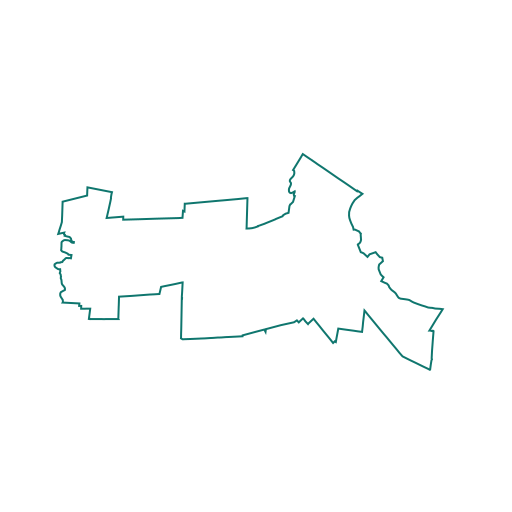 the district of Mircea Voda, Braila, Romania, rotated 108°
{"feature_id": "2599482B59099327438734", "entity_name": "Mircea Voda", "entity_type": "district", "adm_level": 2, "iso_a3": "ROU", "parent_name": "Romania", "parent_adm1": "Braila", "projection": "equal_earth", "projection_center": [27.401, 45.112], "detail": "fine", "context": "isolated", "style": "outline", "palette": "teal", "viewbox_px": 512, "rotation_deg": 108, "n_neighbors": 0, "source": "geoboundaries", "source_scale": "gbopen_adm2", "svg_char_len": 5889}
<svg xmlns="http://www.w3.org/2000/svg" viewBox="0 0 512 512"><g transform="rotate(108 256 256)"><path d="M144.6,243.0L149.5,244.1L157.9,246.1L162.8,247.3L163.0,246.4L163.3,246.0L164.4,245.5L165.5,245.1L166.7,245.0L167.9,245.1L169.2,245.5L170.4,246.1L172.0,246.9L173.3,247.2L174.3,247.0L175.1,246.2L175.7,245.4L176.6,245.0L177.8,244.9L179.4,245.1L181.4,245.4L182.8,245.2L184.3,244.6L184.7,244.3L185.3,243.5L185.4,242.2L184.6,241.0L182.6,239.2L183.0,239.0L185.9,239.1L187.5,238.0L187.3,237.6L193.1,237.5L196.0,239.0L196.4,239.4L198.2,239.6L204.3,238.5L204.9,238.4L206.6,240.9L208.6,242.6L208.9,242.8L209.5,243.0L210.0,243.0L211.4,244.7L214.7,248.6L215.1,248.9L216.9,251.0L221.0,255.9L223.2,258.5L226.9,263.4L227.2,263.3L229.2,265.9L230.7,268.3L232.0,271.2L232.8,273.5L232.3,273.6L216.6,278.2L205.3,281.5L203.6,282.0L203.7,282.4L207.5,291.0L211.3,299.9L212.8,303.4L214.4,307.2L216.4,311.9L228.2,339.5L228.3,339.9L235.8,337.8L235.6,339.4L242.4,337.7L243.9,341.5L251.3,362.3L256.5,376.7L262.5,393.5L259.6,394.4L266.0,409.8L257.7,410.5L249.5,411.3L246.0,411.7L245.0,412.1L241.6,412.6L239.8,412.7L240.3,416.8L242.8,437.5L245.4,436.8L250.7,435.3L258.9,448.4L264.1,456.7L277.6,452.8L283.8,451.1L287.3,451.0L291.7,451.0L294.1,450.9L296.1,450.9L293.0,445.6L293.6,445.6L294.0,445.6L294.3,445.4L294.6,445.3L294.7,445.1L294.8,444.9L294.9,444.6L294.9,444.4L295.9,444.3L295.8,441.8L295.7,440.6L295.6,440.0L295.6,439.4L295.6,439.1L295.8,438.8L295.9,438.5L296.1,438.1L296.7,437.3L298.3,436.4L299.0,435.4L299.1,434.5L299.1,434.4L299.0,433.5L299.8,433.4L300.1,434.8L300.1,435.4L300.0,435.7L299.9,436.0L299.8,436.3L299.6,436.7L299.3,437.5L299.1,438.2L299.1,438.8L299.1,439.1L299.2,439.8L299.4,440.7L299.6,441.6L299.8,442.4L300.1,443.1L300.4,443.5L300.8,443.9L301.2,444.2L302.0,444.7L302.4,445.0L302.9,445.1L303.3,445.1L305.3,444.5L306.3,444.2L306.9,444.0L308.2,443.7L309.2,443.4L309.6,443.3L310.4,443.2L310.7,443.1L310.8,442.9L311.1,442.5L311.4,442.1L311.5,441.7L311.6,441.3L311.6,441.0L311.6,440.6L311.6,439.9L311.6,438.8L311.7,437.8L311.9,436.5L311.9,436.1L312.0,435.8L312.2,435.4L312.4,435.1L312.7,434.8L312.1,431.8L315.4,431.3L315.6,432.7L315.8,433.4L315.9,433.5L316.0,433.6L316.1,433.8L316.1,434.3L316.2,434.7L316.4,435.5L316.5,435.8L316.7,436.0L317.0,436.3L317.6,436.6L318.7,437.2L319.0,437.3L319.6,437.8L320.3,438.1L320.5,438.2L320.8,438.2L321.1,438.2L321.3,438.3L321.7,438.5L321.8,438.7L322.1,439.4L322.4,440.0L322.7,440.1L322.9,440.3L323.0,440.6L323.5,442.0L323.7,442.7L324.0,443.2L324.5,443.7L325.2,444.3L326.0,444.9L326.9,444.9L327.3,444.7L328.0,444.3L328.4,443.8L328.6,443.6L328.7,443.4L329.5,440.7L329.6,440.1L329.5,439.3L329.1,438.2L331.2,437.3L332.2,437.4L333.0,437.3L333.5,436.6L334.1,436.0L334.6,435.7L335.3,435.5L335.7,435.2L336.0,435.0L336.7,435.0L337.4,434.8L337.8,434.6L338.2,434.2L338.8,433.7L339.9,433.2L340.6,432.9L341.8,432.4L342.4,432.0L342.7,431.8L343.2,431.2L343.6,430.5L344.4,429.2L345.0,428.4L345.7,427.8L346.6,427.4L347.5,427.3L348.3,428.2L350.7,430.4L351.3,430.5L352.0,430.6L352.9,430.4L353.4,430.2L354.2,429.9L354.8,429.4L355.3,428.9L357.5,426.2L359.7,425.3L360.0,425.4L355.7,409.3L358.1,408.8L357.5,406.8L360.2,406.0L357.3,397.4L367.4,395.5L367.2,394.9L367.4,394.8L367.3,394.3L367.2,394.1L367.0,393.6L363.1,381.4L360.6,373.8L358.5,367.4L358.4,367.5L346.0,371.1L345.9,371.1L337.0,373.7L332.4,362.0L330.8,358.1L329.4,354.7L327.4,349.8L325.5,345.2L324.0,341.2L322.6,337.7L322.0,336.1L314.7,336.7L312.9,333.6L311.0,330.2L309.2,327.0L307.2,323.5L304.0,318.1L303.8,317.6L313.9,314.9L317.1,314.1L319.1,313.5L319.0,313.3L319.7,313.1L319.8,313.3L338.8,307.5L343.4,306.1L349.0,304.4L352.8,303.3L356.7,302.1L357.5,301.9L357.9,300.1L356.6,296.6L355.3,293.0L352.8,286.3L351.4,282.6L350.2,279.3L348.4,274.8L347.0,271.1L345.5,267.5L344.2,263.8L342.6,260.0L341.3,256.5L339.7,252.3L338.4,248.9L336.5,244.0L335.6,244.2L328.1,232.7L323.4,225.4L325.2,223.5L322.5,224.0L321.1,221.8L314.1,211.0L307.3,199.4L305.6,198.0L304.6,197.2L305.9,194.8L304.7,194.2L300.8,192.0L301.1,191.3L301.9,190.2L302.3,189.5L302.6,189.3L304.7,185.5L304.0,185.3L297.9,181.9L300.4,178.1L302.7,174.5L306.2,169.2L310.3,162.8L312.5,159.4L314.9,155.8L312.8,154.7L313.1,154.1L313.2,153.5L308.9,154.1L305.0,154.6L299.6,155.3L299.0,151.8L298.2,147.3L296.9,140.2L296.2,135.9L295.4,131.7L290.2,132.7L285.8,133.7L281.2,134.6L276.7,135.5L274.3,136.0L274.9,135.0L277.4,131.2L282.1,123.8L284.6,119.9L287.6,115.2L290.7,110.3L292.9,106.7L295.4,102.8L298.2,98.4L300.5,94.7L303.8,89.6L305.9,86.1L306.2,85.5L307.0,80.3L307.6,76.2L308.3,70.9L308.9,66.8L309.5,62.6L310.1,57.9L310.5,55.5L310.2,55.3L305.3,56.2L300.9,56.9L300.0,56.7L299.7,56.8L299.1,57.3L292.1,59.2L281.5,61.8L272.7,63.9L272.5,64.0L272.4,64.3L272.5,64.6L272.5,64.9L272.9,65.2L273.0,65.5L273.1,67.5L273.3,68.0L269.0,67.0L260.9,65.1L251.8,62.7L248.9,62.0L249.1,63.1L249.4,64.8L249.8,66.3L250.3,68.2L250.6,69.4L250.7,70.5L250.9,72.5L251.3,73.9L251.8,76.4L251.7,79.6L251.8,83.1L251.7,87.3L251.5,91.6L251.2,93.6L250.5,96.5L250.6,98.1L251.0,100.6L251.9,105.4L251.7,107.3L251.0,108.4L249.7,110.0L248.5,111.4L247.7,112.9L247.1,114.6L246.6,116.1L246.1,117.2L245.0,118.9L244.4,119.7L243.0,120.8L241.8,123.0L241.7,125.0L241.2,129.1L239.4,128.7L236.8,128.1L235.9,130.1L235.0,131.7L231.9,134.3L230.8,135.2L229.3,135.8L227.7,136.1L226.0,136.2L221.7,133.7L218.6,135.4L218.8,137.7L218.8,137.9L216.8,141.4L215.4,143.4L219.3,148.5L222.4,149.7L220.2,154.5L220.0,156.1L220.0,157.5L214.7,161.9L213.8,162.7L213.5,162.7L211.9,161.5L210.6,161.1L209.8,161.0L208.1,161.1L207.7,161.3L205.9,162.0L203.5,163.0L202.3,163.2L201.8,164.3L200.8,165.6L200.3,170.1L200.8,171.3L198.4,172.7L195.6,175.4L192.9,177.6L190.9,179.0L188.8,180.0L185.4,181.0L181.8,181.1L179.0,180.9L176.3,180.5L172.3,179.4L169.1,177.5L167.5,176.3L164.0,174.0L162.5,179.8L163.2,179.9L160.5,188.8L158.7,194.9L156.7,202.0L153.6,212.3L151.4,219.7L149.6,226.1L148.9,228.2L144.6,243.0Z" fill="none" stroke="#0f766e" stroke-width="2"/></g></svg>